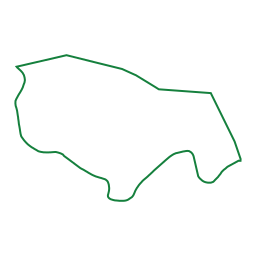 the district of Dennery By Pass/White Rock Gardens, Dennery, Saint Lucia
{"feature_id": "8701671B35205001440787", "entity_name": "Dennery By Pass/White Rock Gardens", "entity_type": "district", "adm_level": 2, "iso_a3": "LCA", "parent_name": "Saint Lucia", "parent_adm1": "Dennery", "projection": "albers", "projection_center": [-60.893, 13.914], "detail": "fine", "context": "isolated", "style": "outline", "palette": "green", "viewbox_px": 256, "rotation_deg": 0, "n_neighbors": 0, "source": "geoboundaries", "source_scale": "gbopen_adm2", "svg_char_len": 2758}
<svg xmlns="http://www.w3.org/2000/svg" viewBox="0 0 256 256"><path d="M135.7,75.1L134.9,74.8L127.6,71.5L122.1,69.0L97.4,62.9L66.5,55.2L21.1,65.7L16.6,66.7L17.2,67.5L18.2,68.4L19.2,69.3L20.4,70.4L21.0,71.0L22.6,72.8L23.3,74.1L23.9,75.1L24.1,75.8L24.6,77.7L24.9,80.1L24.5,82.5L23.9,84.0L23.6,84.8L22.8,87.3L21.7,89.6L20.4,91.9L19.8,92.9L19.0,94.1L17.7,96.4L17.2,97.4L16.5,98.6L16.1,99.5L15.5,100.9L15.4,103.4L15.7,105.9L16.4,108.0L17.1,110.8L17.5,113.6L17.8,115.6L18.1,117.3L18.2,118.6L18.6,121.2L18.9,124.0L19.4,126.5L19.8,128.9L20.2,131.6L20.6,134.0L21.3,136.5L22.9,138.7L23.6,139.7L24.4,140.7L26.0,142.5L27.8,144.3L29.8,145.9L31.2,146.9L31.9,147.4L32.7,147.8L34.1,148.7L34.9,149.2L36.2,149.9L38.3,151.2L39.7,151.6L41.0,151.9L43.5,152.3L44.6,152.3L46.0,152.4L48.5,152.4L50.3,152.3L50.9,152.3L53.4,152.1L55.0,152.0L55.9,152.0L58.3,152.6L60.7,153.4L61.3,153.7L62.3,154.2L62.9,154.5L63.7,155.5L64.1,156.0L69.4,159.9L71.1,161.2L80.2,168.0L81.4,168.7L82.0,169.0L83.4,169.7L84.9,170.6L86.2,171.4L87.3,172.0L88.5,172.8L89.8,173.5L91.0,174.2L92.3,174.9L93.6,175.5L94.8,176.0L95.4,176.3L96.0,176.5L97.0,176.8L98.6,177.3L99.9,177.7L101.2,178.0L102.6,178.5L103.9,178.9L105.1,179.3L105.8,179.7L107.3,181.0L108.0,182.2L108.4,183.4L108.8,184.7L108.9,185.6L109.1,187.3L109.2,188.1L109.1,189.9L108.9,191.2L108.6,192.5L108.3,193.8L107.9,195.2L108.0,196.7L108.5,197.5L109.2,198.3L110.0,198.8L110.9,199.3L111.6,199.5L113.2,200.0L115.0,200.4L116.6,200.5L117.2,200.6L117.9,200.6L119.2,200.8L120.5,200.8L121.5,200.8L122.5,200.8L123.3,200.8L124.6,200.7L125.8,200.5L127.1,200.1L128.4,199.5L129.5,198.7L130.7,197.9L131.8,197.2L132.7,196.2L133.5,195.0L133.9,194.1L134.3,193.2L134.6,192.5L135.2,191.0L136.0,189.5L136.3,189.0L136.8,188.1L137.6,187.0L138.4,185.8L139.2,184.7L140.0,183.8L140.4,183.3L141.3,182.4L142.1,181.4L143.2,180.3L143.9,179.7L145.2,178.6L146.3,177.7L147.9,176.3L148.9,175.3L149.5,174.8L150.5,173.9L151.4,173.0L152.0,172.5L153.0,171.5L153.9,170.6L154.9,169.7L165.5,160.3L169.5,156.9L171.5,155.5L172.6,154.8L173.6,154.2L175.9,153.2L177.4,152.9L178.2,152.7L180.7,152.1L183.1,151.5L184.5,151.3L185.5,151.1L186.3,151.0L187.3,150.9L188.4,151.0L189.1,151.1L190.9,152.2L191.5,152.7L192.7,154.2L193.4,155.7L193.7,156.7L198.2,176.2L198.9,177.3L199.8,178.4L200.8,179.3L201.8,180.2L202.5,180.8L204.1,181.7L205.5,182.2L206.9,182.5L208.2,182.7L209.3,182.7L209.9,182.7L210.7,182.7L211.7,182.4L213.3,181.8L214.4,180.7L215.0,180.0L216.4,178.6L217.4,177.6L218.0,177.0L219.1,175.5L219.7,174.8L220.5,173.8L221.5,172.2L222.1,171.5L223.1,170.5L223.7,169.9L224.6,169.2L225.3,168.7L226.0,168.1L226.6,167.5L227.6,166.7L230.9,164.9L238.6,160.7L239.3,160.8L240.5,160.8L240.6,159.0L234.6,141.5L210.8,93.1L158.8,89.3L155.5,87.2L135.7,75.1Z" fill="none" stroke="#15803d" stroke-width="2"/></svg>